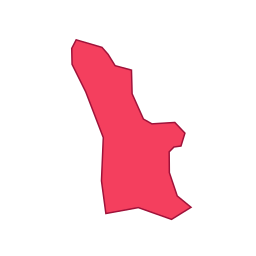 map outline of Stockport (Equal Earth projection), rotated 249°
{"feature_id": "GBR-5683", "entity_name": "Stockport", "entity_type": "Metropolitan Borough", "adm_level": 1, "iso_a3": "GBR", "parent_name": "United Kingdom", "parent_adm1": "", "projection": "equal_earth", "projection_center": [-2.122, 53.379], "detail": "fine", "context": "isolated", "style": "filled", "palette": "rose", "viewbox_px": 256, "rotation_deg": 249, "n_neighbors": 0, "source": "natural_earth", "source_scale": "10m", "svg_char_len": 457}
<svg xmlns="http://www.w3.org/2000/svg" viewBox="0 0 256 256"><g transform="rotate(249 128 128)"><path d="M207.5,98.6L222.5,104.0L228.9,111.2L212.6,132.6L203.9,135.8L190.8,138.3L180.8,152.0L158.5,144.1L130.8,145.6L123.3,151.8L116.4,173.7L102.8,179.3L92.2,171.0L93.8,164.1L91.0,157.9L71.5,150.6L46.9,149.6L31.4,158.4L27.1,135.9L50.0,109.1L56.1,76.7L88.2,84.3L127.9,101.5L176.8,101.5L207.5,98.6Z" fill="#f43f5e" stroke="#9f1239" stroke-width="1.5"/></g></svg>